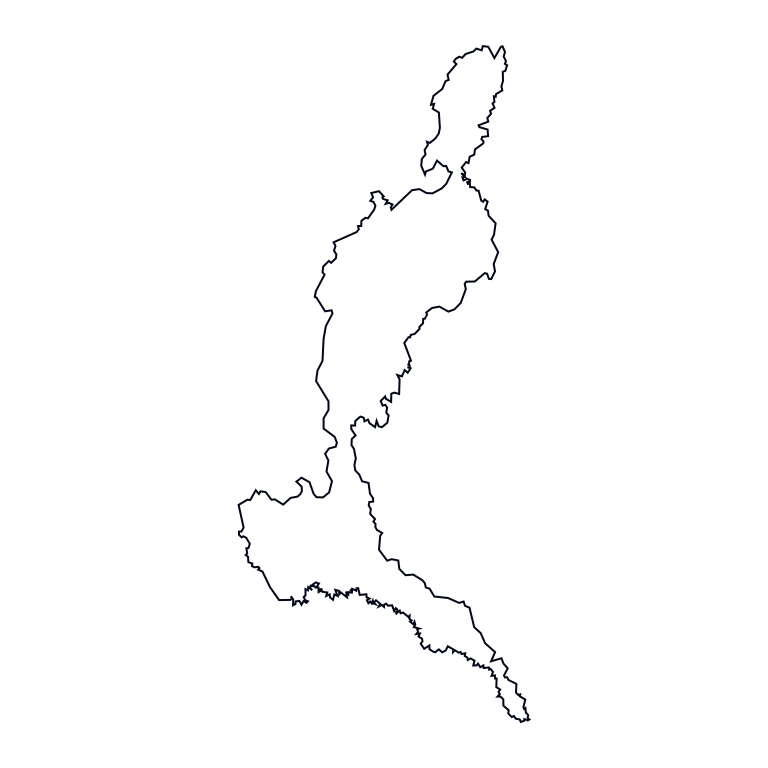 Medio San Juan (Andagoya), Chocó, Colombia
{"feature_id": "7082276B61520359869131", "entity_name": "Medio San Juan (Andagoya)", "entity_type": "district", "adm_level": 2, "iso_a3": "COL", "parent_name": "Colombia", "parent_adm1": "Chocó", "projection": "robinson", "projection_center": [-76.781, 4.808], "detail": "fine", "context": "isolated", "style": "outline", "palette": "ink", "viewbox_px": 768, "rotation_deg": 0, "n_neighbors": 0, "source": "geoboundaries", "source_scale": "gbopen_adm2", "svg_char_len": 6083}
<svg xmlns="http://www.w3.org/2000/svg" viewBox="0 0 768 768"><path d="M478.6,190.7L476.4,190.5L474.4,187.4L470.2,187.1L469.8,183.3L467.8,183.9L467.2,182.2L469.9,181.4L470.0,179.9L467.2,178.9L463.5,180.4L462.4,177.3L465.0,177.1L461.2,173.2L464.8,175.0L465.2,172.5L461.7,167.6L466.1,162.0L468.5,163.1L469.7,156.7L474.2,154.7L475.0,149.4L483.2,143.4L483.6,141.5L481.4,139.2L482.2,136.9L488.1,136.2L487.6,129.5L479.5,127.2L478.6,125.3L488.3,121.6L487.3,118.0L491.1,113.7L490.0,110.9L494.5,107.9L492.6,103.4L494.4,101.9L493.9,96.3L495.7,96.7L496.0,94.1L502.3,90.4L501.4,86.3L503.0,80.9L502.8,71.7L505.3,70.9L507.1,65.3L504.9,63.8L506.0,61.2L503.7,56.6L505.0,52.0L502.5,46.3L500.8,46.9L494.4,58.1L488.3,46.8L482.8,46.1L481.7,50.3L476.4,48.6L473.4,51.5L465.6,54.0L462.2,57.8L459.2,56.7L455.8,58.8L453.8,61.5L456.4,64.1L447.5,74.6L448.7,79.9L445.6,81.1L442.2,89.0L433.5,95.8L431.0,104.8L434.1,103.9L432.7,108.8L438.9,112.5L439.9,127.8L438.7,133.7L435.2,138.6L429.9,142.9L427.0,141.8L427.9,144.9L424.6,150.0L425.5,154.5L421.9,158.9L421.2,165.6L425.0,174.6L425.9,171.5L432.8,168.7L437.0,160.6L443.5,166.2L446.2,166.0L448.5,171.4L451.9,172.4L446.2,183.9L441.6,188.5L432.4,193.4L426.4,193.0L419.5,189.1L412.0,190.2L391.5,209.8L390.8,207.4L392.5,204.5L388.5,202.8L385.7,203.8L387.6,200.3L383.0,198.9L382.4,197.3L383.7,196.4L379.0,191.2L371.3,193.0L373.1,197.4L370.3,200.8L373.7,202.1L375.4,205.9L374.1,209.7L368.0,218.3L365.4,217.8L361.4,220.8L361.2,225.9L358.0,226.1L358.8,229.2L356.7,232.0L333.6,242.3L335.5,246.0L334.0,250.6L336.4,254.5L335.9,258.3L331.2,262.8L328.9,260.9L323.2,266.6L322.5,272.3L324.6,274.6L315.9,291.1L314.8,297.0L316.5,297.6L325.1,311.3L331.5,310.3L332.5,313.5L325.9,326.0L323.6,338.7L322.5,360.9L317.5,370.5L316.1,381.1L328.5,401.3L328.5,410.0L323.6,418.3L323.6,428.6L334.7,436.9L336.9,442.7L335.7,446.7L328.9,448.5L325.1,453.9L328.4,460.5L326.5,471.5L332.0,481.2L329.1,492.4L323.0,497.4L316.5,497.2L313.7,494.0L309.5,482.2L301.5,477.7L296.4,481.6L301.6,486.6L301.9,491.1L300.3,494.2L297.5,496.6L290.6,497.9L283.2,504.6L274.9,499.4L271.4,499.7L265.7,492.1L260.5,491.3L258.9,494.0L255.8,490.2L250.3,500.0L247.3,499.7L238.6,504.9L243.6,527.5L241.5,531.5L239.0,531.6L239.0,534.8L241.7,537.4L243.3,536.3L246.2,537.7L249.8,543.8L248.5,548.0L246.4,548.3L247.2,553.5L245.7,555.0L248.0,556.7L248.4,562.2L252.3,563.5L252.0,566.1L254.4,567.3L258.3,566.8L259.4,568.1L258.1,569.6L262.5,571.6L269.9,587.0L279.1,600.1L290.3,599.9L291.9,598.6L291.0,596.2L293.2,599.5L293.1,605.3L295.4,604.0L295.7,601.4L299.4,600.9L301.5,604.7L303.5,601.1L306.5,602.8L307.9,601.3L305.2,600.2L303.7,597.1L305.5,595.4L305.5,589.1L307.9,590.3L308.2,587.1L312.2,590.2L310.2,588.0L310.6,585.7L314.6,586.5L312.7,584.6L315.9,582.4L318.9,583.5L316.2,587.5L318.5,587.5L318.6,592.1L320.3,591.1L319.6,589.4L321.5,589.1L322.2,591.7L327.3,592.5L326.2,596.0L329.7,594.4L330.1,597.5L333.0,599.8L334.3,594.5L337.4,595.9L335.3,589.9L339.1,590.9L339.2,594.4L340.8,592.4L347.0,597.3L346.2,592.4L347.9,592.2L347.2,594.0L348.3,594.8L348.7,592.3L351.9,592.6L352.1,590.7L350.8,590.3L352.0,588.7L356.2,590.7L356.5,588.3L358.2,588.2L359.7,594.9L366.4,594.3L366.6,597.3L369.5,598.6L366.9,600.2L368.4,603.2L370.1,601.5L371.7,603.5L372.8,600.7L373.5,603.6L375.4,604.2L373.9,602.5L376.0,600.3L380.3,603.9L378.8,606.5L381.8,605.0L384.0,606.9L384.2,604.6L386.3,603.7L388.0,605.7L392.1,605.3L394.1,611.0L395.8,608.2L396.8,608.9L397.8,611.2L396.1,612.0L396.4,613.5L399.7,610.6L400.6,613.3L403.0,612.5L408.3,616.9L409.6,615.7L409.4,618.8L411.6,620.4L410.0,621.5L413.4,624.3L414.5,621.8L415.3,624.8L413.9,627.1L419.3,628.6L417.2,629.3L418.1,631.9L416.3,634.0L419.9,633.5L418.5,636.5L422.0,638.7L422.5,641.4L420.7,643.7L424.2,648.8L429.4,645.4L429.5,649.3L433.5,651.8L435.2,652.3L438.8,649.4L442.3,652.3L445.7,650.5L447.8,646.3L453.2,649.3L453.1,652.1L454.8,650.2L458.8,652.7L460.5,652.0L461.6,654.0L465.2,653.3L464.7,656.0L467.4,657.6L467.8,660.0L470.6,658.4L474.5,660.7L473.3,665.5L476.6,665.4L478.0,663.6L480.3,667.2L483.4,665.4L483.6,668.0L488.9,667.5L489.2,669.6L490.7,669.0L493.0,672.0L491.6,675.9L494.9,675.4L495.1,678.5L496.6,678.5L496.3,687.1L500.2,689.6L498.5,691.9L499.8,694.1L497.5,696.6L500.6,696.6L503.3,699.3L503.4,705.7L508.7,710.2L508.2,713.3L511.8,717.1L513.9,716.0L515.8,718.7L519.8,719.5L520.8,721.9L524.1,720.8L524.3,719.1L527.7,720.5L529.4,719.5L527.6,718.0L528.3,715.2L525.8,712.5L525.4,708.1L524.2,709.0L523.4,707.2L525.3,699.6L519.8,696.3L520.2,694.4L518.2,694.9L516.0,692.6L516.4,683.9L508.5,680.0L507.2,677.3L504.9,677.4L504.0,675.5L507.7,668.3L503.5,663.6L501.4,658.3L491.1,661.3L495.1,652.1L485.1,643.2L480.7,633.1L474.2,627.2L469.5,607.7L465.0,605.8L463.6,601.5L459.2,602.9L448.0,598.0L434.3,596.5L429.6,588.7L425.8,587.4L424.8,583.1L422.2,580.1L413.2,574.6L405.5,575.2L399.3,568.9L398.3,560.5L391.6,559.2L387.2,560.7L379.0,549.7L380.2,535.8L382.2,533.0L377.0,530.0L375.4,527.2L375.5,523.9L373.4,521.6L375.0,519.0L370.2,514.0L370.8,509.1L368.7,505.5L369.3,502.0L373.1,501.6L373.1,498.4L370.0,493.6L368.5,482.9L362.1,481.3L359.3,474.6L355.3,470.5L354.4,464.9L355.8,458.4L354.0,449.0L351.5,445.1L351.8,439.0L355.6,435.5L351.3,429.1L351.2,425.4L355.1,425.6L355.3,421.0L360.4,416.6L363.7,417.7L364.5,421.3L367.9,419.5L369.6,423.3L375.1,427.1L376.6,420.9L378.6,426.2L381.9,427.2L387.3,422.7L388.6,415.4L386.3,412.8L387.1,407.5L385.3,404.8L382.6,405.6L380.7,401.0L385.1,396.5L385.9,398.8L391.1,401.9L391.3,393.7L394.4,392.6L399.1,394.0L399.6,379.3L397.3,375.0L401.9,376.4L404.7,370.1L407.7,372.7L410.6,368.3L407.5,367.3L409.7,367.3L409.7,365.4L407.5,364.2L409.1,364.6L409.2,361.3L411.0,360.7L404.3,343.0L408.5,337.2L410.2,337.3L410.7,335.0L414.8,333.8L419.6,328.8L419.3,327.1L423.0,323.3L423.2,318.9L424.9,318.7L427.1,314.4L426.2,312.5L432.0,308.0L439.4,306.6L448.4,311.6L454.4,309.4L460.7,303.0L465.8,289.2L464.7,283.8L466.1,281.7L474.8,281.5L484.8,273.1L487.1,273.7L488.9,278.9L491.2,279.1L495.0,271.4L493.7,263.9L498.2,252.2L491.6,239.6L494.0,234.8L495.6,223.3L488.6,215.7L488.0,210.7L485.2,209.1L487.6,201.6L484.6,199.4L483.2,201.8L481.2,200.6L478.6,190.7Z" fill="none" stroke="#020617" stroke-width="2"/></svg>